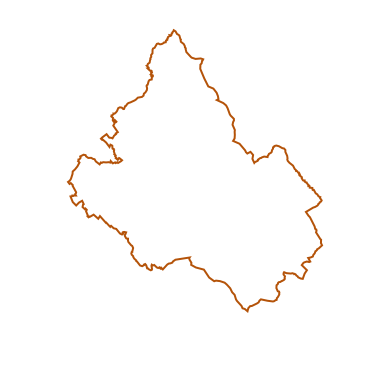 the district of Cahir Lea-4, South Tipperary, Ireland, rotated 231°
{"feature_id": "5873133B92286849050160", "entity_name": "Cahir Lea-4", "entity_type": "district", "adm_level": 2, "iso_a3": "IRL", "parent_name": "Ireland", "parent_adm1": "South Tipperary", "projection": "equal_earth", "projection_center": [-7.943, 52.328], "detail": "fine", "context": "isolated", "style": "outline", "palette": "amber", "viewbox_px": 384, "rotation_deg": 231, "n_neighbors": 0, "source": "geoboundaries", "source_scale": "gbopen_adm2", "svg_char_len": 6049}
<svg xmlns="http://www.w3.org/2000/svg" viewBox="0 0 384 384"><g transform="rotate(231 192 192)"><path d="M64.4,160.1L66.3,162.7L66.7,165.4L65.8,166.7L64.5,172.3L64.3,174.3L65.1,176.0L65.2,178.0L60.0,182.2L56.0,186.0L55.5,187.0L55.3,189.2L54.9,189.8L56.1,191.2L56.3,192.6L57.4,195.3L58.4,196.0L58.7,196.5L59.8,197.0L60.9,196.2L64.2,197.1L66.3,199.0L66.5,200.9L67.2,201.7L67.3,202.6L66.5,204.1L66.4,205.6L66.1,206.2L65.8,208.5L66.1,209.5L66.8,209.7L68.0,211.2L70.2,211.2L71.3,212.1L71.7,213.1L69.5,214.3L66.4,217.5L65.7,218.9L64.3,219.8L63.9,219.7L63.7,220.3L62.5,220.7L61.6,220.5L59.9,221.0L58.9,220.8L56.4,222.0L54.8,223.4L57.7,228.2L58.9,232.1L66.1,231.3L66.8,234.1L66.6,235.1L65.7,237.5L63.8,239.0L63.5,240.1L67.6,240.8L66.5,242.9L65.8,245.3L66.8,246.8L67.1,248.7L68.3,250.7L68.1,251.2L68.3,252.8L68.7,253.1L68.4,255.2L68.7,259.5L71.2,260.1L73.7,262.3L74.6,262.1L82.6,263.0L83.5,264.4L84.7,265.0L85.3,264.5L86.2,264.7L88.0,265.6L98.2,267.8L100.3,267.6L104.8,268.0L103.6,276.4L102.9,278.3L102.5,280.9L102.8,282.3L103.2,282.6L103.1,283.9L103.6,284.7L103.4,286.4L103.9,287.5L106.8,287.7L107.3,287.9L107.4,288.4L109.1,287.6L111.3,287.9L113.1,287.3L116.9,288.0L117.4,287.2L117.8,287.1L119.4,288.1L121.3,286.2L122.7,287.1L123.1,287.1L123.5,286.2L124.5,286.9L126.2,286.8L127.3,287.1L128.0,286.4L129.0,286.2L130.1,286.8L130.6,285.9L131.2,285.6L133.6,285.9L134.3,286.7L135.9,286.3L137.4,286.7L136.8,286.1L137.1,286.0L137.9,286.1L138.4,286.7L141.9,286.8L142.4,286.7L142.8,286.1L143.8,286.6L145.2,286.3L148.9,287.1L153.4,286.1L155.9,286.0L157.3,286.5L158.0,287.4L160.2,288.7L164.4,289.8L165.9,291.0L167.9,290.9L169.2,289.8L172.8,288.4L175.0,286.8L175.7,285.4L175.8,284.5L175.5,284.3L175.7,283.1L174.7,282.2L174.1,280.4L173.0,279.2L172.8,278.0L173.2,275.8L172.6,274.6L172.5,273.8L171.6,272.7L174.1,270.4L174.9,268.2L174.9,267.2L175.4,266.4L175.6,263.8L175.3,263.8L174.9,262.7L175.6,259.7L175.4,258.7L179.7,259.8L182.3,262.8L186.4,262.7L187.1,259.2L189.1,259.0L190.9,259.5L199.6,259.3L205.8,256.1L206.8,258.8L209.4,261.2L211.9,263.0L213.2,264.3L218.7,265.8L220.5,268.0L221.2,269.6L222.5,270.6L227.1,270.1L228.7,270.3L234.7,272.4L237.8,273.0L241.4,272.3L247.8,269.2L247.5,271.0L250.2,272.5L253.7,273.6L258.9,273.7L263.8,271.1L272.5,273.0L282.5,275.9L285.7,278.7L285.9,280.4L287.6,282.4L287.5,282.9L288.1,284.2L290.3,282.8L293.2,278.5L296.6,276.3L297.7,276.1L304.3,275.7L307.1,277.0L307.6,277.6L308.8,277.5L309.8,278.2L312.2,278.7L315.7,277.9L317.0,278.6L317.5,279.3L318.2,279.2L321.4,280.6L322.5,280.5L324.2,279.8L327.2,280.3L329.2,279.6L328.6,278.6L328.4,277.2L327.8,276.5L328.0,276.0L326.9,274.7L327.0,274.2L327.9,273.4L327.0,273.2L327.3,272.7L327.5,270.8L326.7,269.9L326.8,269.4L325.8,268.7L325.8,268.0L326.1,267.8L326.0,267.0L324.9,265.8L325.8,264.4L325.6,263.9L326.0,261.7L326.6,260.5L327.1,259.9L328.6,259.3L329.2,257.9L327.6,253.7L328.0,252.0L327.4,250.9L324.6,248.5L324.3,246.7L323.7,246.0L322.7,245.4L322.1,243.7L321.3,243.3L320.9,242.4L319.2,240.5L319.3,238.3L318.4,237.1L318.6,236.3L316.3,236.5L316.3,235.9L315.6,236.2L314.7,235.8L315.1,235.4L312.8,235.7L312.3,235.9L312.2,236.5L311.6,236.8L310.1,236.1L310.4,235.3L309.4,234.6L309.3,233.8L308.5,234.0L307.5,234.9L306.8,234.7L306.5,234.2L307.1,233.2L306.5,233.1L304.8,231.5L305.8,229.5L305.4,228.0L303.3,225.1L303.4,224.2L303.0,223.4L300.9,222.4L299.6,221.0L298.7,218.4L298.7,216.5L297.4,215.0L297.4,212.9L299.4,209.3L299.1,206.3L299.3,204.9L300.4,200.5L301.2,198.5L301.1,196.8L300.5,194.9L300.8,194.1L299.3,191.4L299.7,190.8L301.5,190.6L302.3,190.1L303.2,189.2L303.6,187.5L302.1,184.7L301.7,183.1L301.6,181.4L302.1,180.7L301.9,180.7L301.8,177.8L302.1,177.6L301.5,176.8L299.4,177.3L297.5,175.5L296.0,175.4L295.9,175.8L296.6,175.9L296.3,176.9L296.5,177.3L294.2,177.5L294.1,177.0L294.7,176.4L293.1,172.6L285.2,172.0L285.5,169.6L284.8,169.4L284.8,166.9L283.7,164.0L284.7,163.5L286.3,161.9L290.7,162.0L290.9,156.4L290.7,154.8L289.1,155.0L289.1,155.6L284.5,156.4L278.9,156.2L280.1,158.4L278.2,159.2L275.8,157.6L274.7,158.2L274.4,157.8L273.6,157.9L272.7,156.8L270.3,155.9L270.2,155.4L268.5,155.7L268.2,154.8L266.1,154.7L266.1,154.1L263.7,154.6L264.3,156.7L264.0,156.9L260.7,157.6L260.6,156.2L261.1,152.8L262.1,152.7L262.5,150.9L263.4,150.9L264.1,148.5L267.2,148.3L266.2,147.1L267.6,146.0L269.0,143.9L271.1,141.7L271.4,140.2L272.3,139.8L271.6,137.6L276.3,136.5L278.8,136.9L280.0,135.9L281.9,135.2L283.8,132.8L286.4,132.1L287.6,132.5L289.2,131.2L290.0,127.5L288.9,127.1L288.5,126.5L288.3,125.0L288.7,124.2L287.7,123.5L287.6,122.9L285.7,123.1L284.0,119.0L283.2,115.3L283.0,112.2L281.2,110.5L278.4,106.2L277.7,104.1L277.8,102.0L275.3,101.9L275.2,103.4L272.4,103.7L271.9,103.1L264.7,101.8L264.1,101.0L263.9,99.9L262.3,99.6L264.4,97.0L263.9,96.8L265.0,94.8L259.2,93.0L254.4,93.5L254.9,97.6L254.3,101.1L250.7,100.2L250.7,99.3L249.2,97.5L246.0,97.9L246.2,98.8L244.4,99.0L243.6,97.5L239.5,96.3L239.0,95.5L237.5,95.7L237.6,96.7L237.0,96.9L236.3,101.3L230.2,102.3L231.2,105.3L222.2,105.7L222.2,106.1L217.2,106.4L216.5,106.5L216.8,107.1L216.7,107.8L213.1,108.3L211.0,109.9L205.1,109.9L203.1,110.8L202.8,111.3L203.2,112.6L204.2,112.7L204.2,113.2L203.6,114.2L202.1,115.4L201.1,113.7L200.9,112.7L199.8,112.1L197.4,111.7L196.9,111.9L196.0,112.9L194.6,111.7L193.2,111.1L188.9,111.2L187.7,111.6L185.5,111.0L183.6,108.5L183.4,107.7L183.0,107.7L183.0,107.0L182.5,106.2L181.2,105.7L179.2,105.9L178.2,105.4L176.5,105.2L174.0,105.6L173.4,105.2L172.6,105.5L167.6,105.4L165.7,106.6L165.3,108.9L165.8,109.1L165.5,110.3L163.8,110.3L161.2,109.2L161.1,109.6L159.6,109.6L157.1,110.7L156.8,111.7L157.2,112.4L160.2,114.1L160.8,115.0L159.5,115.4L159.1,116.7L155.4,117.2L154.2,117.9L153.9,119.3L153.1,119.1L151.9,119.5L152.0,120.2L153.6,120.3L150.2,120.6L151.2,127.1L151.0,128.9L150.1,130.4L149.5,132.3L150.0,133.4L149.8,136.5L142.6,148.9L142.4,148.2L141.0,147.5L137.4,147.0L135.9,145.5L130.9,147.5L124.2,152.4L114.7,151.5L108.7,153.1L108.0,154.9L105.1,157.7L101.0,160.3L98.2,160.8L93.1,161.1L88.8,160.1L85.3,160.4L80.8,158.6L78.9,158.4L72.4,158.8L69.8,158.1L67.9,159.4L64.4,160.1Z" fill="none" stroke="#b45309" stroke-width="2"/></g></svg>